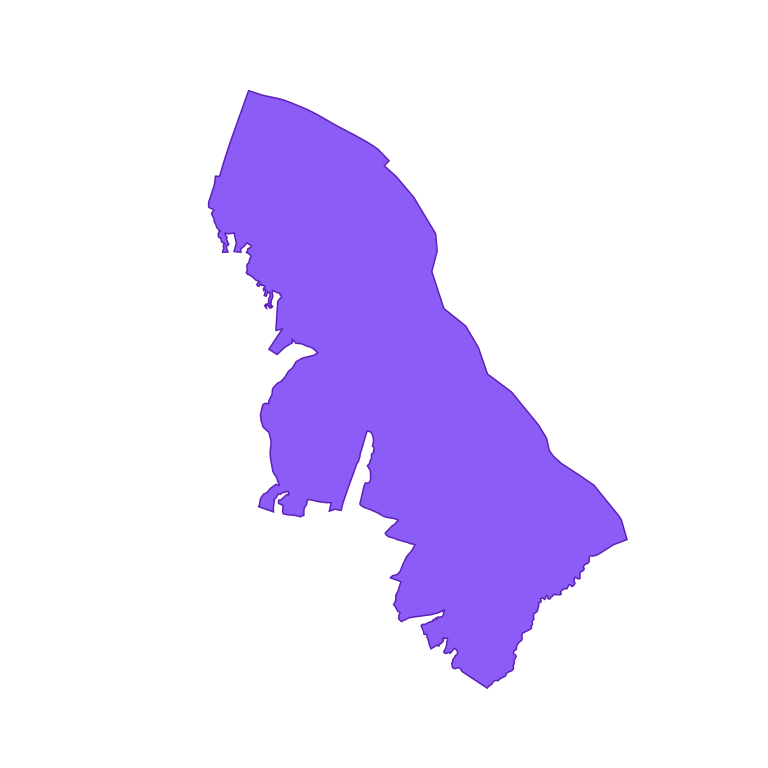 outline of Galicea, Vâlcea, Romania, rotated 128°
{"feature_id": "2599482B8272038924488", "entity_name": "Galicea", "entity_type": "district", "adm_level": 2, "iso_a3": "ROU", "parent_name": "Romania", "parent_adm1": "Vâlcea", "projection": "albers", "projection_center": [24.314, 44.946], "detail": "fine", "context": "isolated", "style": "filled", "palette": "violet", "viewbox_px": 768, "rotation_deg": 128, "n_neighbors": 0, "source": "geoboundaries", "source_scale": "gbopen_adm2", "svg_char_len": 6170}
<svg xmlns="http://www.w3.org/2000/svg" viewBox="0 0 768 768"><g transform="rotate(128 384 384)"><path d="M379.5,592.2L376.0,588.1L374.4,591.1L372.3,593.1L371.1,593.1L370.7,592.2L369.1,592.7L368.9,593.9L368.0,595.1L367.1,597.2L365.7,597.6L364.7,598.6L364.1,600.8L363.5,601.8L362.9,602.0L361.6,599.2L357.3,595.1L363.8,587.2L371.9,583.7L368.3,577.9L366.7,579.4L365.4,580.0L361.1,578.9L357.2,579.0L356.8,573.5L357.7,572.9L361.4,574.5L362.9,573.6L364.9,573.5L364.6,569.4L365.0,567.4L368.0,566.9L371.8,565.1L373.5,565.5L375.1,565.1L377.9,562.2L381.1,561.0L381.5,558.7L380.5,556.5L380.9,555.2L380.6,554.4L380.7,551.4L381.1,549.6L380.0,545.2L382.4,545.7L384.1,545.4L384.3,543.3L383.9,542.6L381.4,543.0L381.7,542.3L381.2,541.5L381.6,540.8L380.3,539.6L380.3,537.9L383.2,537.7L384.3,536.5L382.6,536.3L382.2,535.4L388.1,532.8L387.2,530.9L382.8,532.4L382.4,531.7L382.5,531.0L383.0,530.8L382.7,529.4L384.8,528.0L388.0,527.2L390.0,525.8L390.4,525.0L392.0,524.8L394.4,526.4L396.1,525.9L395.8,525.0L396.9,523.4L396.7,523.1L396.3,524.1L394.5,524.9L392.9,522.9L394.0,522.3L394.4,521.3L394.3,520.7L393.7,520.9L393.2,519.5L391.5,519.5L392.1,521.2L391.8,521.4L391.4,520.9L391.3,521.5L390.5,522.1L390.5,523.2L389.0,523.2L386.7,524.8L385.6,524.6L383.0,525.8L380.0,529.3L378.9,529.5L378.8,528.2L377.9,526.0L377.9,524.7L376.8,522.4L377.0,521.3L377.8,520.6L378.1,518.5L378.9,518.2L380.1,518.6L384.3,518.6L408.3,502.2L403.4,498.0L427.5,496.1L426.6,486.4L416.2,484.8L407.9,481.6L405.4,483.8L405.7,480.3L406.2,478.6L403.1,473.8L401.7,468.1L400.0,464.2L399.8,459.0L400.3,455.5L404.5,456.9L413.7,464.2L420.4,467.0L427.8,466.0L432.7,467.1L440.0,466.3L445.6,466.8L448.9,468.4L455.2,469.0L457.2,468.4L461.2,465.8L468.1,464.4L470.7,462.9L471.9,465.1L473.1,466.2L474.3,466.6L475.5,466.5L484.2,462.5L488.4,458.5L492.1,453.2L492.6,451.0L493.0,444.9L498.2,438.2L500.1,436.6L508.4,431.4L512.4,427.7L521.3,417.8L522.7,414.7L523.5,411.5L526.2,407.8L527.1,405.4L528.4,404.2L529.4,407.3L536.4,409.3L541.7,409.4L544.9,411.1L550.3,410.8L555.8,407.9L557.9,407.3L552.8,392.3L550.0,394.8L543.6,398.4L543.1,399.6L542.6,399.8L541.0,398.9L535.9,399.6L534.8,397.8L531.9,397.1L531.0,395.8L528.4,394.5L527.7,393.1L528.9,392.2L528.8,391.3L529.8,390.8L531.2,392.7L539.3,394.0L540.2,395.5L541.2,394.9L543.0,393.6L541.8,388.7L547.1,385.2L548.3,383.5L546.6,379.8L542.6,373.7L540.0,368.0L537.9,367.2L536.9,366.3L532.7,369.5L530.2,370.6L527.2,370.7L522.0,373.1L520.0,369.6L516.9,362.9L512.9,356.3L510.1,352.6L517.9,348.8L512.8,345.5L510.1,340.0L502.6,343.2L491.8,347.0L463.6,356.3L460.7,356.5L455.3,358.6L454.7,359.3L431.7,368.3L430.0,365.4L430.8,362.2L433.7,358.6L435.8,356.9L440.1,354.8L440.4,352.7L441.6,351.7L442.8,351.5L443.5,350.2L447.1,350.6L450.7,347.9L452.8,347.8L455.6,346.5L458.6,346.8L460.8,341.3L466.8,336.2L470.0,334.9L471.7,335.5L473.5,337.7L476.7,336.9L493.5,329.1L493.9,327.1L493.4,323.4L491.4,317.4L489.6,310.3L488.6,303.3L487.7,300.4L483.5,292.5L482.5,289.5L482.5,289.0L488.3,289.3L490.7,290.2L500.3,291.3L501.0,291.0L501.7,288.7L501.4,285.9L499.4,281.6L498.7,278.2L494.3,267.8L493.4,264.5L491.6,261.4L491.6,260.6L498.2,259.5L506.0,260.0L515.5,257.8L521.3,256.0L525.8,256.2L529.9,259.3L532.8,259.6L529.7,250.4L529.6,248.8L539.2,245.3L543.0,244.8L546.6,242.0L549.4,240.9L552.0,240.6L552.3,238.6L554.6,233.3L554.3,230.5L557.6,229.7L558.3,228.5L559.7,228.3L560.2,227.0L560.5,224.0L553.0,220.4L549.8,217.6L536.8,204.9L531.1,200.5L525.0,197.4L525.6,196.7L527.1,197.0L527.7,195.9L529.7,195.0L531.4,194.9L533.1,196.2L534.5,198.1L537.0,197.5L537.0,197.9L536.4,199.0L537.6,199.1L539.9,200.1L540.3,199.4L540.8,199.5L543.5,201.5L548.1,203.7L549.7,205.7L551.2,206.1L551.9,205.4L554.8,200.1L556.5,198.8L556.2,197.6L555.0,196.1L557.1,194.2L558.6,191.2L561.1,188.3L563.8,184.0L557.4,181.5L556.9,180.6L557.1,179.7L556.8,179.4L554.5,180.1L553.3,179.0L552.2,179.5L550.8,178.9L549.6,179.3L549.2,180.8L547.3,180.9L547.6,179.6L546.1,178.6L545.5,177.5L546.1,176.5L548.6,175.8L549.9,174.6L554.5,172.6L558.0,172.1L558.8,171.4L558.3,169.3L555.5,167.7L555.6,166.1L548.7,165.6L548.9,163.0L550.4,160.5L551.5,160.0L554.5,160.6L555.4,160.1L558.9,160.1L560.2,158.8L562.0,158.9L562.7,158.4L565.2,155.4L565.2,153.8L564.8,153.1L561.7,150.5L561.0,149.4L562.5,145.4L560.1,115.4L557.8,115.4L554.4,114.3L550.9,114.7L548.7,113.5L547.8,111.5L544.5,110.9L539.5,108.6L538.2,108.6L537.2,109.6L534.5,108.7L531.2,106.7L528.8,106.6L526.6,108.6L525.4,109.2L524.3,109.1L522.3,111.0L517.2,112.1L516.6,113.1L516.8,116.0L514.5,117.2L513.3,117.1L511.7,116.2L509.2,118.1L506.0,118.6L503.6,118.5L501.5,117.7L499.5,118.4L496.8,120.9L495.1,121.4L486.9,117.6L485.2,117.6L483.8,119.1L482.0,119.0L480.0,121.2L477.1,121.1L473.5,124.4L468.7,123.3L463.5,125.5L461.5,127.5L460.0,126.3L458.8,126.3L458.1,126.6L457.3,128.0L456.6,128.4L454.9,127.1L454.7,126.1L455.1,125.0L454.7,124.7L453.5,124.6L451.8,125.9L450.7,125.6L450.4,124.8L452.0,122.7L452.1,122.1L451.7,121.4L450.8,120.9L448.9,121.2L447.3,120.6L445.6,120.8L441.7,115.5L440.9,115.1L440.0,115.4L439.1,116.8L438.3,117.0L434.4,116.0L433.0,114.0L432.2,113.8L428.4,114.7L427.8,113.9L427.8,111.2L427.0,110.6L423.7,110.6L423.2,111.1L422.7,112.4L419.6,114.5L418.5,114.3L418.0,110.8L416.7,109.8L412.4,113.1L410.8,113.2L409.0,112.4L406.7,112.2L404.9,114.7L402.1,114.5L400.1,113.1L397.8,113.0L394.1,115.6L393.1,115.8L391.9,115.0L390.8,113.2L387.0,110.5L369.5,104.3L357.0,96.7L345.0,113.2L343.4,117.5L334.5,156.3L335.6,174.1L337.4,195.2L336.6,206.2L334.7,212.7L326.6,222.6L321.2,237.0L311.8,278.6L312.4,308.6L297.2,332.0L288.0,355.3L287.7,383.2L266.0,415.5L246.4,424.0L233.8,435.8L218.5,475.7L213.0,502.1L211.9,518.1L205.0,517.4L202.8,532.7L202.9,537.1L203.8,546.7L205.8,559.2L209.8,581.5L212.6,601.1L214.7,612.4L219.0,628.4L222.0,637.9L224.3,643.4L231.0,657.0L236.2,671.3L288.9,653.8L306.7,647.3L321.6,641.4L324.0,644.8L330.2,641.0L333.8,639.4L348.9,634.0L352.5,631.2L352.6,629.8L351.8,627.6L352.0,624.9L355.0,625.2L356.2,624.4L358.7,619.3L360.6,617.7L361.9,614.8L363.7,612.1L363.9,609.4L364.9,608.5L364.3,607.9L364.3,607.1L367.4,607.4L370.1,604.9L370.0,603.7L369.3,602.7L371.9,599.6L372.0,598.6L371.5,595.9L373.2,596.1L374.5,595.3L376.0,593.6L377.7,593.3L379.5,592.2Z" fill="#8b5cf6" stroke="#5b21b6" stroke-width="1.5"/></g></svg>